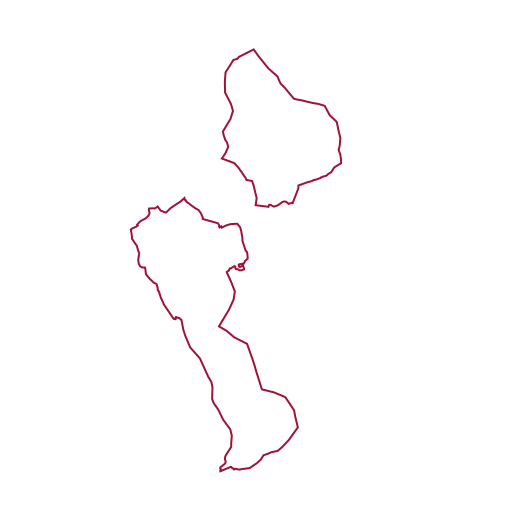 outline of Gusau, Zamfara, Nigeria, rotated 331°
{"feature_id": "59680162B80813578140782", "entity_name": "Gusau", "entity_type": "district", "adm_level": 2, "iso_a3": "NGA", "parent_name": "Nigeria", "parent_adm1": "Zamfara", "projection": "orthographic", "projection_center": [6.754, 11.999], "detail": "fine", "context": "isolated", "style": "outline", "palette": "rose", "viewbox_px": 512, "rotation_deg": 331, "n_neighbors": 0, "source": "geoboundaries", "source_scale": "gbopen_adm2", "svg_char_len": 4295}
<svg xmlns="http://www.w3.org/2000/svg" viewBox="0 0 512 512"><g transform="rotate(331 256 256)"><path d="M120.4,427.0L130.9,428.1L131.5,428.0L131.9,428.3L132.1,428.6L132.0,428.9L132.1,429.2L132.2,429.5L132.3,429.8L132.5,430.0L132.8,430.3L132.9,430.6L133.0,431.1L133.0,431.6L133.1,431.9L133.2,432.0L133.4,432.1L133.6,432.0L134.0,431.9L134.3,432.0L134.6,432.2L134.9,432.4L135.4,432.4L135.8,432.7L136.5,433.7L137.3,434.4L147.7,438.4L156.4,437.6L161.2,436.5L166.0,433.9L170.3,434.7L174.2,435.0L180.4,437.0L186.2,435.8L195.4,432.9L209.5,426.2L212.4,415.7L214.5,409.3L213.2,393.6L205.7,384.1L196.5,375.5L200.2,357.3L201.9,349.9L202.9,344.8L203.4,341.6L205.6,328.5L197.5,316.5L195.2,310.4L194.1,307.4L189.5,299.6L206.6,289.7L215.3,283.2L220.3,276.8L221.7,266.8L222.4,257.5L222.6,255.8L223.3,255.7L223.5,255.7L224.1,255.6L225.5,255.5L226.0,254.8L227.1,254.2L228.1,254.7L229.4,254.5L231.6,254.4L232.2,254.4L232.8,255.2L232.0,256.7L232.2,257.9L233.7,258.8L234.7,260.5L236.5,261.5L239.1,261.9L239.3,261.7L240.0,258.0L236.6,257.9L236.0,257.1L236.7,255.2L237.6,255.2L239.4,256.0L240.6,256.2L241.5,256.8L242.8,256.0L243.7,255.1L245.4,254.7L247.3,254.4L248.4,252.4L250.1,248.3L249.5,246.5L251.5,236.1L252.7,234.0L255.0,227.5L256.1,223.1L255.2,218.7L249.3,215.8L245.2,214.9L243.2,214.7L242.3,214.7L239.8,214.6L240.0,213.3L238.0,213.4L238.0,212.4L238.6,212.3L238.6,211.5L238.6,208.9L227.3,197.8L228.2,196.2L228.5,191.8L228.1,188.1L226.0,184.7L223.6,179.6L223.0,177.9L221.7,175.3L221.4,173.5L221.6,173.2L221.4,172.9L220.9,172.3L221.0,172.0L221.2,171.6L221.5,170.6L218.2,171.3L217.8,171.3L217.5,171.4L217.4,171.6L217.1,171.6L216.5,171.7L215.9,171.8L209.0,172.3L204.6,172.7L198.3,174.4L197.5,173.6L196.7,172.7L195.6,171.3L194.6,170.0L194.4,168.3L194.0,165.0L192.6,165.3L191.6,165.3L190.2,165.2L188.8,164.2L185.5,162.6L184.6,163.7L184.6,163.8L184.2,165.1L183.8,166.8L183.3,167.3L182.1,168.2L181.7,168.4L181.5,168.6L181.2,168.7L180.9,168.7L180.8,168.8L180.6,168.9L180.2,169.0L179.0,169.3L178.6,169.4L178.4,169.5L177.9,169.6L172.3,169.5L170.9,169.7L167.1,171.0L167.3,172.1L165.1,172.3L162.0,171.9L159.4,172.1L157.4,177.7L155.9,181.1L156.7,189.4L155.8,193.1L155.5,194.5L155.3,196.8L151.1,202.3L149.7,206.0L149.7,209.0L151.0,210.9L153.3,212.3L152.7,214.3L150.9,218.5L152.0,224.5L153.7,229.9L155.4,232.1L154.6,236.2L154.1,237.0L154.1,237.3L153.5,238.3L153.8,239.1L153.8,239.7L153.7,240.2L153.7,240.3L153.8,240.4L153.6,241.4L152.5,246.6L152.3,250.9L151.9,253.6L153.5,271.0L154.3,271.8L155.0,272.3L155.3,272.1L155.5,271.7L155.8,271.6L155.8,271.3L155.8,270.9L156.3,270.6L158.8,273.1L159.8,275.8L156.7,285.2L155.4,292.0L154.1,304.0L157.3,318.3L155.7,338.4L155.9,344.4L154.4,349.5L148.3,359.8L147.7,364.3L148.5,372.0L147.9,383.4L149.5,395.1L147.7,401.5L143.5,407.8L141.7,411.0L133.0,415.6L131.2,417.2L130.2,418.9L130.0,420.7L129.6,421.4L128.8,422.2L128.1,422.5L126.8,422.9L125.6,423.0L124.5,423.3L123.3,423.3L122.4,423.6L122.1,423.8L122.0,424.2L122.0,424.5L121.7,424.7L121.7,425.0L121.9,425.5L121.8,425.8L121.7,426.0L121.5,426.3L120.9,426.2L120.5,426.6L120.4,427.0ZM354.1,74.2L337.3,73.6L335.6,74.5L331.2,73.6L325.7,76.7L318.4,80.6L313.3,88.4L308.2,98.0L307.8,111.0L306.2,117.9L300.1,123.8L287.5,131.0L286.3,134.6L285.4,139.9L285.7,142.7L284.5,147.2L279.1,151.3L273.4,154.2L282.0,164.2L282.3,165.3L282.6,166.6L283.5,170.5L283.8,173.7L284.2,176.0L284.3,178.9L284.8,182.8L284.5,184.8L288.9,188.5L288.1,193.2L286.1,200.3L284.7,205.6L280.3,211.4L288.7,217.5L290.7,219.0L292.3,217.7L293.3,218.1L295.6,221.5L300.0,222.3L304.9,221.6L306.8,221.8L307.6,222.4L308.3,222.9L308.7,223.2L308.9,223.9L309.4,224.8L309.5,225.5L309.7,226.2L310.9,226.4L312.0,226.7L313.0,226.8L313.6,227.6L325.8,217.4L327.3,214.9L336.6,216.4L341.4,217.6L343.0,217.5L344.0,217.6L344.8,218.2L347.5,218.6L348.5,218.7L349.9,219.1L351.3,218.7L352.2,219.2L353.7,219.1L355.1,219.6L357.0,219.9L358.6,219.3L360.9,219.2L362.5,219.2L366.9,216.7L368.3,216.4L375.4,216.1L376.1,214.7L377.1,212.9L378.0,210.6L378.7,208.6L379.0,207.8L379.7,203.2L382.7,200.1L387.0,193.7L389.0,186.2L390.7,181.0L391.6,177.7L388.7,168.6L388.9,158.2L388.0,157.0L384.4,153.3L379.8,149.7L378.3,148.3L375.9,146.2L370.9,141.5L367.8,139.1L365.4,136.8L362.7,122.7L361.1,117.2L361.3,113.7L361.9,109.6L357.8,98.0L355.1,82.8L354.5,77.8L354.1,74.2Z" fill="none" stroke="#9f1239" stroke-width="2"/></g></svg>